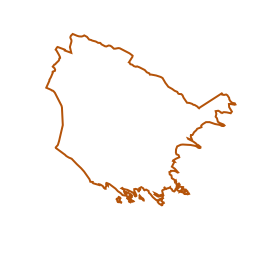 the district of Kandieng, Pouthisat, Cambodia, rotated 109°
{"feature_id": "14789045B76302811248791", "entity_name": "Kandieng", "entity_type": "district", "adm_level": 2, "iso_a3": "KHM", "parent_name": "Cambodia", "parent_adm1": "Pouthisat", "projection": "robinson", "projection_center": [104.048, 12.697], "detail": "fine", "context": "isolated", "style": "outline", "palette": "amber", "viewbox_px": 256, "rotation_deg": 109, "n_neighbors": 0, "source": "geoboundaries", "source_scale": "gbopen_adm2", "svg_char_len": 5756}
<svg xmlns="http://www.w3.org/2000/svg" viewBox="0 0 256 256"><g transform="rotate(109 128 128)"><path d="M54.7,199.5L56.0,200.7L56.7,201.9L57.3,204.1L57.4,206.0L57.1,210.9L59.4,212.0L60.9,212.1L61.8,211.6L63.3,210.1L64.8,209.6L70.3,209.3L75.4,206.1L75.3,213.0L74.6,213.0L74.5,213.5L74.3,220.9L75.0,221.4L77.5,221.9L77.9,221.0L81.5,216.9L83.2,215.3L83.9,215.0L84.6,215.6L85.9,215.3L87.0,215.5L90.4,217.2L91.4,217.5L92.0,218.3L94.5,219.1L95.4,217.0L96.5,215.9L97.7,215.7L98.3,216.5L98.9,216.9L99.0,217.3L99.7,217.6L100.3,217.1L104.9,217.4L108.2,218.0L108.8,217.7L116.5,218.4L116.9,213.7L117.1,212.4L117.3,212.1L117.2,211.3L117.6,210.1L118.5,208.6L128.6,198.1L130.2,197.1L146.5,190.6L163.0,188.9L166.9,188.8L169.9,190.0L170.4,189.7L173.8,178.9L174.6,177.2L175.2,174.4L175.4,171.3L178.9,164.5L181.3,159.2L183.5,155.3L189.0,147.7L191.1,146.1L190.5,143.8L191.3,143.6L191.6,142.8L191.3,136.6L190.6,136.9L190.5,135.6L191.1,132.9L192.4,131.4L192.9,130.0L192.7,129.4L191.3,130.0L189.7,129.3L189.0,130.1L188.0,130.4L188.1,129.9L187.7,129.5L188.4,128.5L187.7,128.8L187.2,130.5L186.9,131.0L187.1,127.2L189.4,120.1L191.1,116.9L191.9,113.8L193.2,111.3L192.8,108.5L192.6,108.2L190.9,108.2L190.5,107.8L190.9,107.7L191.9,108.0L192.8,106.9L193.0,105.6L193.4,105.2L194.2,106.0L194.6,106.0L195.8,103.7L195.8,102.5L196.4,100.0L195.5,98.8L195.3,99.1L195.4,100.4L193.8,103.0L193.7,103.7L193.3,103.9L193.4,102.9L192.5,102.2L192.1,103.4L193.2,104.8L191.6,104.2L191.0,104.6L190.6,104.3L189.6,105.3L188.9,107.0L189.2,107.9L189.5,107.5L189.8,107.8L189.2,108.7L189.7,109.2L189.4,109.5L189.9,110.0L190.7,109.2L190.8,109.8L189.3,111.1L187.8,111.4L187.5,111.9L187.5,113.3L187.2,113.6L187.1,114.4L186.5,113.9L187.1,112.5L186.7,108.3L187.4,102.9L187.9,101.5L190.2,99.3L190.2,98.6L189.5,98.0L188.7,98.3L186.3,100.6L186.2,101.2L183.8,102.2L183.1,101.0L183.0,99.6L183.3,98.5L184.5,97.4L184.3,97.0L183.6,97.2L182.7,96.5L182.1,96.5L181.4,97.7L179.6,96.2L180.1,93.9L181.4,92.6L181.5,92.0L180.7,91.4L180.3,90.4L180.8,88.9L180.7,88.2L182.5,87.0L183.1,85.4L185.3,82.0L186.9,78.0L186.4,75.5L185.3,75.2L184.8,74.7L183.0,72.2L182.6,72.7L181.7,72.6L181.2,73.1L181.3,74.7L182.9,76.6L183.0,77.8L182.2,81.1L181.9,80.9L182.4,78.7L182.2,77.3L181.4,79.3L181.2,80.9L180.9,81.3L181.1,79.4L181.7,77.2L181.6,76.4L180.1,74.4L180.3,73.0L180.1,72.7L176.4,75.2L175.8,75.2L175.1,74.7L173.8,73.1L171.8,74.7L172.8,73.4L173.1,71.8L172.3,71.3L171.7,70.1L170.4,69.0L170.8,68.9L171.7,66.5L172.8,65.5L173.0,63.7L172.2,63.2L170.3,63.2L169.0,62.7L166.3,63.1L164.7,64.5L162.9,65.0L162.1,65.6L163.5,66.2L161.9,67.1L161.2,70.2L158.7,71.5L158.3,73.4L156.2,74.5L155.4,73.5L154.6,73.5L153.5,70.3L153.5,68.5L154.0,66.6L153.7,66.2L151.3,70.4L150.3,73.9L145.5,73.2L144.8,73.8L144.7,73.0L144.3,73.6L144.5,74.8L144.0,74.8L141.5,72.7L139.0,70.0L137.6,71.0L137.2,71.4L137.1,73.6L135.7,74.7L132.6,75.6L129.4,75.5L126.7,72.7L125.8,70.9L123.7,63.4L123.1,59.3L123.1,57.9L123.0,57.3L122.1,56.3L121.5,56.1L121.2,56.5L121.3,57.4L120.4,59.0L119.5,62.1L118.7,67.6L118.4,67.9L118.6,63.7L118.3,63.6L115.8,65.8L114.2,66.2L113.7,64.9L113.1,64.6L110.6,64.2L107.8,62.7L106.2,62.3L103.3,58.8L102.1,59.5L101.5,59.4L99.8,58.4L97.1,56.2L95.9,52.9L95.9,47.0L95.2,42.4L95.5,39.7L95.0,38.2L94.5,37.8L94.2,37.6L93.6,38.8L93.4,43.0L92.8,45.1L89.9,47.0L88.8,48.8L86.0,49.0L83.5,50.6L82.3,48.3L82.5,46.8L83.2,45.1L82.9,44.4L83.2,43.9L81.8,42.6L81.1,39.8L80.6,35.7L78.7,35.1L75.4,39.1L72.9,40.2L72.4,39.6L72.2,39.9L72.0,39.5L71.3,34.8L70.8,34.1L69.9,35.1L70.3,37.6L69.4,39.8L68.0,41.5L66.6,42.2L64.7,44.7L64.4,46.1L65.5,48.0L65.8,50.1L65.5,50.5L64.1,50.1L85.3,66.8L86.2,67.2L85.8,68.4L85.2,69.3L84.5,72.6L84.8,73.7L84.3,75.2L84.3,78.0L84.9,80.4L81.2,85.4L79.4,87.0L78.6,88.6L79.2,90.8L79.1,91.7L77.8,93.2L77.6,96.1L76.7,98.9L75.9,103.3L73.2,107.3L69.5,111.6L69.1,113.6L69.2,118.5L69.9,123.3L70.4,124.7L69.4,125.6L69.2,128.3L67.7,131.1L66.9,136.9L66.8,139.5L67.5,140.4L67.6,142.6L66.8,144.5L66.9,146.5L65.6,148.0L65.6,148.5L59.3,147.0L58.1,147.2L56.9,150.9L55.3,161.7L55.6,163.2L57.2,166.0L57.6,167.2L56.3,170.1L56.0,171.8L56.3,173.2L57.9,174.9L58.2,176.3L57.5,180.4L57.0,181.1L56.6,182.1L57.2,184.0L56.7,186.6L57.0,190.4L56.8,191.3L57.0,193.6L55.2,196.4L54.7,199.5ZM170.9,58.1L170.5,57.1L170.9,57.2L171.2,56.6L170.7,55.7L171.0,55.4L170.8,54.8L170.1,53.4L171.6,53.9L172.0,53.1L171.5,51.4L170.1,50.2L168.6,51.0L168.2,51.9L168.2,52.3L169.7,53.1L168.5,53.3L168.6,54.7L166.9,56.0L166.8,56.4L168.7,56.6L169.3,57.1L169.0,57.3L167.9,57.0L167.4,57.3L167.2,57.0L166.0,56.9L166.2,57.7L166.5,57.8L166.3,59.9L166.5,60.3L168.2,60.7L169.2,61.6L170.1,62.0L170.9,60.8L170.9,58.1ZM188.9,71.3L187.2,69.7L186.7,70.2L186.9,70.7L186.2,72.5L184.3,72.5L184.2,72.8L184.4,73.4L185.9,74.8L188.1,76.0L189.3,74.3L190.1,70.9L189.8,70.5L189.2,70.5L188.9,71.3ZM200.9,112.6L200.8,110.2L200.4,110.2L199.7,112.0L199.4,112.3L198.4,112.4L198.0,113.3L197.3,113.5L197.6,112.6L196.8,112.3L196.2,113.4L196.2,114.3L196.7,114.4L197.2,113.9L198.6,115.6L199.1,115.6L200.2,114.2L200.8,114.1L201.3,113.5L201.3,113.0L200.9,112.6ZM168.0,61.3L166.0,60.5L165.5,60.9L164.7,60.7L163.9,61.8L164.9,62.7L165.5,62.8L168.0,62.1L168.2,61.6L168.0,61.3ZM189.0,94.0L190.4,94.5L190.9,94.1L190.6,91.5L191.5,89.8L191.4,89.5L190.6,89.9L189.9,90.7L189.0,94.0ZM123.6,55.9L123.8,54.9L123.6,53.7L123.2,53.1L122.4,53.2L121.6,55.2L122.5,55.8L123.6,55.9ZM190.6,104.3L191.6,103.5L192.1,102.3L191.8,102.0L190.6,102.2L190.1,103.0L189.7,103.8L190.6,104.3ZM196.0,101.9L197.2,103.0L197.4,102.8L197.5,101.4L197.1,101.3L196.0,101.9ZM171.3,50.1L170.4,48.8L169.9,49.3L169.9,49.8L171.2,50.5L171.3,50.1ZM189.0,94.0L188.7,93.9L188.0,95.1L188.5,95.1L188.9,94.6L189.0,94.0ZM168.5,53.3L168.6,52.9L167.7,52.8L167.4,53.4L167.6,53.7L168.5,53.3ZM170.9,58.1L171.5,58.4L171.8,58.4L171.3,57.7L170.9,58.1Z" fill="none" stroke="#b45309" stroke-width="2"/></g></svg>